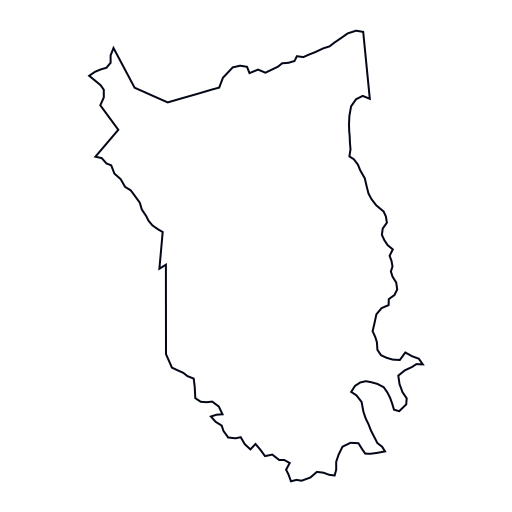 Xaxim, Santa Catarina, Brazil
{"feature_id": "56859067B50522823079629", "entity_name": "Xaxim", "entity_type": "district", "adm_level": 2, "iso_a3": "BRA", "parent_name": "Brazil", "parent_adm1": "Santa Catarina", "projection": "orthographic", "projection_center": [-52.514, -26.975], "detail": "fine", "context": "isolated", "style": "outline", "palette": "ink", "viewbox_px": 512, "rotation_deg": 0, "n_neighbors": 0, "source": "geoboundaries", "source_scale": "gbopen_adm2", "svg_char_len": 2420}
<svg xmlns="http://www.w3.org/2000/svg" viewBox="0 0 512 512"><path d="M394.5,295.0L397.2,289.4L396.2,282.5L392.5,276.6L390.9,271.5L392.5,266.4L391.5,260.9L389.6,255.8L392.8,249.4L387.7,245.2L384.4,240.3L381.9,234.9L382.7,228.6L386.9,222.7L385.9,216.5L383.6,211.5L376.2,205.3L371.6,199.3L368.5,193.6L366.6,186.2L364.8,178.3L360.3,170.5L357.9,164.6L353.9,159.3L349.4,156.4L350.5,149.3L349.9,142.4L349.7,136.6L349.2,130.9L349.0,124.0L349.4,115.8L351.1,106.3L356.1,99.2L362.7,95.9L369.8,98.8L363.2,31.9L356.1,30.7L347.7,33.4L341.0,38.1L334.4,42.6L329.5,46.4L323.4,48.3L314.6,52.4L309.4,54.4L303.3,57.1L296.9,56.2L294.5,61.0L288.5,62.8L282.1,63.3L278.1,66.6L272.1,69.5L265.4,72.7L258.1,69.6L249.5,73.1L247.0,66.8L240.1,65.7L232.7,67.4L222.9,77.8L219.2,87.6L211.4,89.7L195.2,94.5L184.6,97.5L167.7,102.4L153.2,96.0L134.6,87.7L113.5,48.0L110.6,55.4L110.6,62.8L106.4,67.8L100.8,69.4L95.0,71.8L89.2,75.8L95.8,81.2L100.8,85.4L103.8,89.8L103.8,97.4L100.3,105.3L118.3,129.8L95.4,156.7L101.7,158.1L106.5,163.5L111.2,165.3L114.4,173.6L120.7,179.2L125.1,186.9L130.8,190.4L135.8,197.2L139.8,202.7L141.8,209.5L146.1,215.9L148.5,220.7L152.4,225.4L158.3,229.5L162.7,232.0L159.4,268.7L165.9,264.7L166.0,354.2L169.2,361.4L171.9,367.6L177.6,370.3L183.4,372.9L187.4,376.1L193.7,378.6L194.7,386.6L195.3,398.2L200.8,401.8L206.8,402.2L212.2,401.6L218.8,406.5L222.5,414.3L216.7,414.7L210.9,416.5L215.6,421.8L221.7,425.6L223.5,431.0L228.2,437.5L235.6,438.3L240.7,437.2L244.7,444.1L250.4,449.4L255.5,444.0L260.5,449.9L265.0,456.1L272.3,454.6L279.2,460.0L284.3,460.0L289.7,463.0L286.1,469.7L288.5,474.5L291.0,481.3L296.4,479.9L301.6,480.7L310.4,477.5L316.9,471.9L323.5,472.7L329.1,474.8L334.6,475.5L336.2,469.7L336.2,461.8L338.6,454.6L342.5,446.7L350.5,442.8L358.4,443.2L362.1,449.1L365.2,453.6L370.3,453.8L377.1,452.9L385.0,451.4L382.1,446.7L377.4,443.1L374.2,436.9L370.8,430.2L368.5,424.2L365.7,418.5L363.4,411.7L361.6,402.0L356.5,395.4L351.2,391.9L355.0,385.9L360.2,382.5L365.8,381.2L370.8,382.1L377.4,383.9L383.7,387.2L387.4,392.5L390.1,397.8L392.1,403.4L394.0,409.7L399.2,411.2L406.2,404.4L406.7,398.4L402.5,392.2L399.5,384.0L398.3,375.6L404.9,370.3L412.0,367.0L416.4,364.1L422.8,364.4L418.8,358.7L412.2,356.3L405.3,352.5L399.8,360.0L392.7,359.6L386.6,357.8L381.0,355.2L377.4,349.8L376.9,342.2L375.3,337.1L372.6,331.2L374.5,323.1L376.4,314.3L381.6,308.1L388.6,305.1L388.8,299.1L394.5,295.0Z" fill="none" stroke="#020617" stroke-width="2"/></svg>